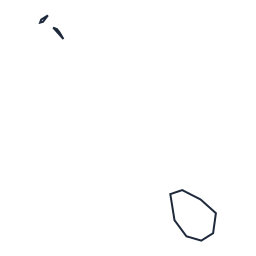 the state/province of Atiu
{"feature_id": "COK-4950", "entity_name": "Atiu", "entity_type": "state/province", "adm_level": 1, "iso_a3": "COK", "parent_name": "Cook Islands", "parent_adm1": "", "projection": "equal_earth", "projection_center": [-158.198, -19.915], "detail": "fine", "context": "isolated", "style": "outline", "palette": "slate", "viewbox_px": 256, "rotation_deg": 0, "n_neighbors": 0, "source": "natural_earth", "source_scale": "10m", "svg_char_len": 337}
<svg xmlns="http://www.w3.org/2000/svg" viewBox="0 0 256 256"><path d="M215.9,213.2L213.1,233.2L201.3,240.6L186.4,236.3L174.5,220.2L170.3,194.1L182.2,190.1L200.6,199.5L215.9,213.2ZM63.4,39.0L53.2,27.6L57.0,29.2L59.4,32.2L63.4,39.0ZM47.9,15.4L43.0,21.8L40.1,22.6L41.2,19.6L47.9,15.4Z" fill="none" stroke="#1e293b" stroke-width="2"/></svg>